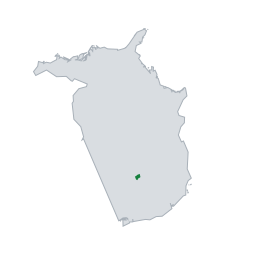 Bannock, Idaho, United States of America (highlighted), rotated 249°
{"feature_id": "52423323B14195379184896", "entity_name": "Bannock", "entity_type": "district", "adm_level": 2, "iso_a3": "USA", "parent_name": "United States of America", "parent_adm1": "Idaho", "projection": "orthographic", "projection_center": [-112.285, 42.639], "detail": "fine", "context": "in_parent", "style": "filled", "palette": "green", "viewbox_px": 256, "rotation_deg": 249, "n_neighbors": 0, "source": "geoboundaries", "source_scale": "gbopen_adm2", "svg_char_len": 4249}
<svg xmlns="http://www.w3.org/2000/svg" viewBox="0 0 256 256"><g transform="rotate(249 128 128)"><path d="M201.5,79.7L211.3,72.7L210.1,60.7L214.5,60.0L218.0,65.8L222.2,68.3L219.3,72.1L219.7,73.3L218.4,72.4L218.7,75.3L216.5,78.7L217.4,85.9L220.4,87.4L221.4,86.4L220.6,85.4L221.2,85.7L221.9,86.9L218.9,89.8L217.7,88.8L218.2,90.9L214.4,93.6L212.4,97.6L212.1,96.1L211.4,95.4L212.0,99.1L213.1,99.2L214.0,102.1L213.4,106.8L210.2,105.7L210.6,102.8L209.7,105.2L211.4,107.3L212.9,108.3L213.7,109.8L213.2,117.0L212.6,112.9L209.1,110.6L209.1,106.2L207.4,108.4L210.2,113.4L207.5,112.8L206.8,113.3L206.9,111.3L206.6,110.8L206.4,112.5L206.8,113.6L210.8,114.2L210.5,115.5L208.3,114.3L207.6,114.2L210.3,115.6L211.3,115.7L211.3,117.3L209.9,116.7L212.3,118.0L212.0,118.5L210.8,117.8L208.7,118.3L211.9,119.1L213.4,118.2L216.8,122.4L214.0,119.3L215.4,121.6L212.2,122.5L215.3,123.9L216.1,122.7L215.6,125.6L212.4,126.2L214.6,126.5L213.5,128.4L215.5,128.3L212.5,130.4L212.0,134.8L209.2,137.3L205.2,146.5L204.2,146.1L203.6,153.2L203.8,154.8L206.1,159.0L214.2,170.8L214.4,178.7L212.1,180.1L208.9,177.2L207.6,174.2L203.3,171.8L204.1,169.6L202.4,170.4L202.0,165.3L196.8,162.0L190.9,165.3L189.1,162.9L182.9,164.6L183.4,163.3L182.6,164.7L179.9,166.1L179.4,164.0L179.2,165.6L170.6,168.6L174.5,168.6L173.7,171.0L176.9,172.1L175.7,173.6L172.0,171.9L172.2,174.0L167.7,174.3L164.8,172.3L163.5,174.0L156.7,173.5L153.4,177.2L154.3,176.2L152.1,175.9L151.6,179.6L147.9,182.7L148.7,181.8L146.1,182.0L147.1,183.0L144.2,185.0L143.5,189.1L142.0,188.8L143.4,189.6L144.0,193.1L145.6,195.0L144.7,196.0L136.8,194.5L134.6,189.6L125.5,180.2L121.4,180.1L117.8,184.7L112.7,182.5L110.2,177.8L103.4,172.5L95.9,172.9L96.0,175.1L84.0,175.5L68.5,168.6L58.5,169.1L57.3,165.3L53.2,161.4L44.7,157.9L44.8,155.3L38.7,142.6L39.1,141.3L40.4,143.1L39.7,140.4L42.8,140.5L37.0,140.1L33.4,128.3L35.2,122.5L34.4,115.6L36.4,111.5L38.8,99.2L41.3,99.8L38.6,98.8L39.8,95.6L38.8,95.5L38.1,88.2L44.1,90.3L42.5,93.8L44.8,91.4L44.2,94.5L42.7,95.1L43.7,95.3L45.0,94.2L45.8,91.1L44.7,86.1L133.7,82.6L133.3,80.8L135.7,83.4L146.2,84.4L155.5,80.6L171.1,84.7L172.4,86.6L178.0,88.4L182.3,96.2L181.5,104.1L183.7,105.7L193.2,95.7L191.6,92.9L192.4,91.9L198.3,88.9L201.5,79.7ZM216.2,94.2L217.8,92.9L212.5,98.2L216.5,93.1L216.2,94.2ZM44.8,89.1L45.4,91.2L45.3,91.5L44.3,89.9L44.8,89.1ZM145.4,194.5L144.0,191.5L143.8,189.7L144.2,191.6L145.4,194.5ZM219.8,72.1L220.3,73.0L219.9,73.0L219.8,72.1ZM165.0,173.2L165.3,173.9L164.5,173.5L165.0,173.2ZM47.8,161.2L48.8,160.9L48.9,161.0L47.8,161.2ZM46.8,160.8L46.4,161.3L46.0,160.8L46.8,160.8ZM220.6,89.0L220.4,89.9L220.2,89.8L220.6,89.0ZM144.2,188.0L143.8,189.5L144.8,186.5L144.2,188.0ZM211.8,166.9L213.3,169.2L211.5,166.7L211.8,166.9ZM52.8,164.1L53.2,164.9L52.8,164.1L52.8,164.1ZM214.9,178.9L214.4,180.1L215.2,177.8L214.9,178.9ZM217.7,124.0L217.4,125.4L217.0,122.6L217.7,124.0ZM44.2,87.4L44.1,88.0L43.8,87.7L44.2,87.4ZM147.3,183.5L145.9,184.5L147.3,183.3L147.3,183.5ZM222.3,88.3L222.6,89.0L222.0,89.1L222.3,88.3ZM52.7,166.2L53.0,167.2L52.5,166.3L52.7,166.2ZM145.6,185.1L145.1,185.5L145.5,184.9L145.6,185.1ZM213.8,111.1L213.7,112.9L213.7,110.5L213.8,111.1ZM153.1,177.9L152.2,178.6L153.4,177.4L153.1,177.9ZM203.9,153.8L204.1,155.0L203.8,154.3L203.9,153.8ZM215.9,128.4L215.7,128.7L216.1,127.5L215.9,128.4ZM193.0,164.3L192.1,165.2L191.7,165.3L193.0,164.3ZM179.4,166.0L179.3,166.3L178.6,166.4L179.4,166.0ZM206.5,174.7L206.9,175.4L206.3,174.6L206.5,174.7ZM177.0,168.5L177.0,169.3L176.6,168.0L177.0,168.5ZM213.0,181.8L212.5,182.1L213.2,181.5L213.0,181.8ZM214.1,102.7L214.0,103.6L214.0,102.4L214.1,102.7ZM216.9,125.9L216.6,126.3L216.9,125.9Z" fill="#d9dde1" stroke="#a8b0b8" stroke-width="1"/><path d="M77.0,118.1L77.1,118.3L77.2,118.2L77.4,118.2L77.5,118.1L77.9,118.3L77.9,118.9L78.0,118.9L78.0,119.2L78.1,119.4L78.2,119.5L78.3,119.5L78.4,119.8L78.4,120.0L78.2,120.4L78.4,120.4L78.4,120.5L78.5,120.6L78.7,120.8L78.7,121.0L78.6,121.3L78.8,121.3L78.8,121.1L79.1,121.1L79.2,121.3L79.3,121.4L79.3,121.5L79.8,121.5L80.2,121.6L80.2,120.8L80.2,120.7L80.2,120.4L80.1,119.8L80.1,119.7L79.9,119.5L79.9,119.4L79.6,119.3L79.4,119.4L79.3,119.1L79.3,118.9L79.3,118.7L79.2,118.4L79.3,118.3L79.3,118.2L79.5,118.2L79.5,117.8L77.4,117.8L77.2,118.0L77.0,118.1Z" fill="#22c55e" stroke="#15803d" stroke-width="1.5"/></g></svg>